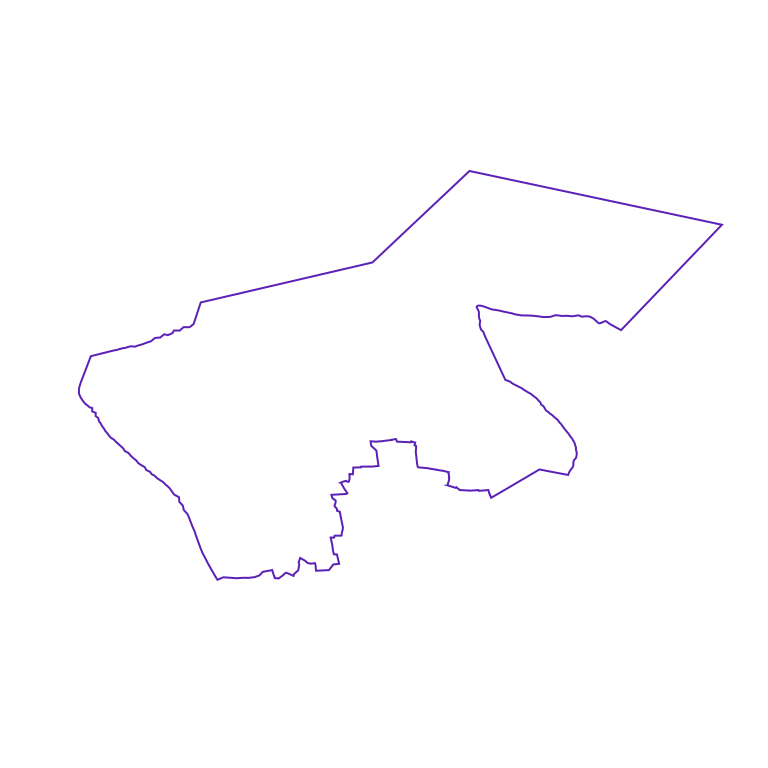 Veere, Zeeland, Netherlands, rotated 12°
{"feature_id": "6326949B71921166023383", "entity_name": "Veere", "entity_type": "district", "adm_level": 2, "iso_a3": "NLD", "parent_name": "Netherlands", "parent_adm1": "Zeeland", "projection": "natural_earth1", "projection_center": [3.598, 51.556], "detail": "fine", "context": "isolated", "style": "outline", "palette": "violet", "viewbox_px": 768, "rotation_deg": 12, "n_neighbors": 0, "source": "geoboundaries", "source_scale": "gbopen_adm2", "svg_char_len": 6049}
<svg xmlns="http://www.w3.org/2000/svg" viewBox="0 0 768 768"><g transform="rotate(12 384 384)"><path d="M583.0,434.7L583.4,432.3L583.5,431.7L584.0,430.3L584.4,429.2L585.4,427.3L585.7,426.4L586.0,425.2L586.1,424.5L586.1,423.9L585.7,421.8L585.5,420.5L585.6,419.2L585.8,418.7L586.6,417.5L587.1,416.4L587.2,415.4L587.2,414.0L587.1,412.1L586.4,410.2L585.2,407.9L585.1,407.3L585.1,406.6L584.7,405.7L583.7,404.1L582.9,402.5L582.6,402.0L582.2,401.5L580.5,399.7L579.8,398.7L578.4,397.5L576.9,396.4L575.9,395.3L574.4,393.9L571.4,391.6L567.9,388.6L565.8,386.5L565.5,386.3L564.2,385.5L563.5,385.0L561.5,383.1L560.4,382.5L557.7,381.1L556.7,380.5L555.8,379.9L555.0,379.5L553.2,378.7L552.2,378.3L550.3,377.1L548.7,376.6L548.3,376.4L547.9,376.1L547.3,375.5L545.2,373.2L544.4,372.4L542.6,371.8L542.1,371.5L541.8,371.3L541.6,371.0L540.9,369.7L540.6,369.3L538.7,368.2L538.0,367.7L537.5,367.2L536.6,366.6L535.5,365.9L533.0,364.8L530.4,363.5L528.8,362.8L526.9,362.3L522.3,360.7L519.9,359.6L519.4,359.4L518.4,359.2L515.3,358.4L513.7,357.9L511.8,357.5L510.8,357.2L508.8,356.5L508.2,356.1L507.1,355.7L506.2,355.3L505.5,355.3L501.8,354.7L471.8,314.9L471.7,314.4L470.9,313.2L470.4,312.5L469.8,312.0L468.1,311.0L467.8,310.7L467.3,310.1L465.5,307.0L465.1,305.0L465.0,302.7L465.0,302.2L463.6,300.3L463.1,299.0L462.6,297.4L462.3,295.6L461.8,293.9L461.2,292.6L459.7,291.0L459.2,290.3L458.9,289.9L458.7,289.5L458.6,289.3L458.6,289.1L458.9,288.6L459.5,288.0L459.9,287.8L461.1,287.4L462.0,287.3L463.5,287.3L466.8,287.6L470.5,288.1L473.1,288.5L473.5,288.5L474.1,288.6L478.6,288.3L479.8,288.3L482.5,288.2L483.7,288.3L485.7,288.3L490.8,288.3L494.9,288.3L497.5,288.6L500.3,288.5L504.4,288.3L505.7,288.0L507.0,287.8L510.9,287.0L515.1,286.3L519.1,285.9L523.0,285.6L526.0,285.4L527.8,285.0L532.1,283.9L533.0,283.6L533.9,283.1L535.6,282.1L536.8,281.4L537.3,281.2L538.1,280.9L543.5,280.5L545.0,280.2L548.9,279.2L552.6,278.8L554.2,278.6L559.4,276.6L560.2,276.5L560.9,276.5L562.3,276.8L563.6,276.9L564.7,276.7L566.3,276.1L568.6,275.5L570.1,275.3L571.8,275.5L572.9,275.7L574.4,276.2L575.8,276.7L579.8,279.1L580.8,279.6L581.6,279.8L582.0,279.8L582.4,279.8L583.5,279.2L583.9,279.0L584.9,278.1L585.9,277.4L587.2,276.6L587.5,276.4L588.0,276.4L588.5,276.5L590.8,277.6L592.0,278.2L593.5,278.7L597.4,279.9L604.7,282.0L681.4,158.0L423.3,157.9L347.4,267.5L187.8,342.3L185.3,365.0L182.0,368.9L176.1,370.1L173.1,374.2L167.4,375.4L166.5,378.3L164.4,379.7L162.4,381.2L158.7,381.0L155.5,385.0L150.4,386.6L147.2,390.6L142.8,393.2L139.2,395.5L134.9,397.8L132.6,399.3L129.0,399.6L126.1,400.9L123.2,402.6L120.6,403.5L117.8,404.9L115.5,406.3L113.1,407.2L108.3,409.5L91.5,417.7L87.0,446.0L86.6,450.9L86.9,453.5L87.6,456.8L89.7,459.8L92.4,462.6L95.5,465.2L101.1,468.0L103.6,468.2L104.3,471.5L108.0,472.2L108.6,475.3L111.7,476.8L112.8,479.5L115.2,481.6L116.9,483.7L119.2,485.7L121.2,487.9L123.7,489.8L125.7,491.7L128.3,493.5L131.4,494.6L133.7,496.2L136.0,497.5L142.2,501.1L144.5,503.5L148.4,504.6L151.2,506.8L154.3,508.7L157.4,510.2L160.2,512.5L163.6,513.9L167.2,515.0L169.4,517.6L173.3,518.5L175.5,520.5L178.8,521.5L181.5,523.2L184.6,524.5L188.0,525.7L191.6,528.0L195.5,530.1L201.7,535.8L207.0,537.4L208.3,541.8L212.5,544.8L214.4,548.9L218.7,552.0L221.4,555.7L223.8,559.5L226.4,563.4L229.1,567.1L231.4,571.1L238.6,582.6L241.6,587.0L245.3,591.4L249.1,596.1L253.1,600.7L261.1,609.5L261.8,610.1L267.0,606.5L270.3,606.0L280.4,604.6L285.2,603.2L289.4,602.2L289.9,602.2L291.8,601.8L297.4,599.9L300.3,598.2L301.7,597.3L302.1,596.8L303.0,595.6L303.2,595.2L303.5,594.4L304.1,593.4L304.8,592.9L305.5,592.5L308.6,591.2L312.1,589.8L313.2,589.2L316.0,594.0L317.5,596.2L317.4,596.3L317.5,596.5L317.8,596.5L318.3,596.5L318.3,596.4L321.4,596.1L321.6,595.8L321.9,595.5L324.4,592.8L327.1,589.0L327.3,588.6L327.3,588.8L335.4,590.5L335.5,588.7L337.2,586.3L338.8,584.3L338.7,579.3L338.6,578.1L338.3,577.5L337.7,576.5L337.6,576.3L338.1,572.1L338.2,571.6L339.0,571.9L343.4,573.2L344.0,573.5L345.6,574.6L346.3,574.8L346.9,575.0L350.0,574.9L352.6,574.0L353.7,573.6L354.5,575.0L354.9,575.9L355.8,579.1L356.4,580.8L368.8,577.5L371.4,572.2L371.8,571.1L377.5,569.2L373.4,560.5L370.4,561.0L368.5,557.1L368.5,556.8L368.4,556.5L366.9,552.3L363.7,545.3L364.9,545.0L366.0,544.9L367.1,544.6L367.2,544.3L367.2,542.8L367.4,542.6L373.6,541.3L373.9,541.2L374.0,540.9L373.7,538.7L373.7,536.9L373.9,536.0L373.7,533.0L368.2,520.4L368.2,520.2L368.2,519.8L367.8,519.5L367.6,519.1L367.5,518.4L367.3,518.2L367.0,518.1L365.6,517.9L364.8,517.9L364.6,517.9L364.4,517.6L364.2,517.3L364.1,516.7L364.1,516.2L363.9,516.0L363.6,515.7L362.8,515.1L362.3,514.7L361.0,513.7L360.9,513.5L361.3,509.6L361.0,508.4L360.8,507.9L360.4,507.7L359.1,507.3L358.4,506.8L357.7,506.7L357.4,506.6L357.1,506.2L355.6,503.4L357.5,502.8L369.3,499.6L370.1,499.2L370.9,498.5L367.0,494.7L362.7,489.9L362.3,489.5L362.2,489.5L364.1,488.1L364.7,487.9L365.3,487.6L365.8,487.2L366.5,486.9L366.5,487.0L367.4,486.9L369.1,487.2L369.8,486.9L370.0,486.4L370.0,484.0L369.9,483.2L369.7,482.1L369.1,479.9L369.0,479.3L368.9,479.3L368.9,479.2L372.3,478.8L371.4,472.1L378.9,470.3L378.9,469.5L389.7,467.2L395.7,465.3L392.1,455.7L391.4,453.4L390.3,450.6L384.5,447.2L384.3,447.0L382.8,442.8L388.8,442.0L389.2,441.7L394.1,440.3L397.1,439.2L402.5,437.4L402.4,437.3L403.5,436.8L405.2,436.1L406.9,435.4L407.2,435.4L407.3,435.5L408.7,437.7L422.5,435.4L422.4,434.5L422.6,434.4L424.5,434.7L426.7,434.8L426.6,437.3L426.6,437.6L427.4,437.7L427.8,437.7L428.2,437.9L428.3,438.0L428.6,439.3L429.0,442.3L429.0,442.7L429.1,443.4L429.8,445.6L432.8,454.7L434.3,458.4L434.1,458.5L443.6,457.3L446.7,457.2L446.7,457.3L449.5,457.1L452.1,456.9L452.1,457.0L458.0,456.8L458.9,456.6L465.7,456.8L465.6,457.6L465.6,458.1L465.8,458.5L466.5,459.5L466.7,460.6L467.3,461.9L467.0,462.5L467.5,463.6L467.6,464.0L467.5,464.8L467.6,465.8L467.3,466.7L467.3,468.7L467.1,469.8L466.9,469.9L475.7,470.7L476.2,469.9L478.1,471.0L478.5,471.0L480.1,472.0L490.1,470.4L490.1,470.5L498.6,468.1L499.1,468.8L508.1,466.0L509.4,468.5L510.9,470.9L511.1,470.8L512.5,473.0L528.7,458.3L553.8,435.3L583.0,434.7Z" fill="none" stroke="#5b21b6" stroke-width="2"/></g></svg>